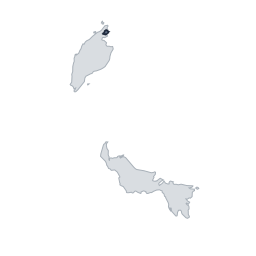 Padang Terap, Kedah, Malaysia shown in context, rotated 64°
{"feature_id": "92858781B11501652719987", "entity_name": "Padang Terap", "entity_type": "district", "adm_level": 2, "iso_a3": "MYS", "parent_name": "Malaysia", "parent_adm1": "Kedah", "projection": "orthographic", "projection_center": [100.684, 6.234], "detail": "fine", "context": "in_parent", "style": "filled", "palette": "slate", "viewbox_px": 256, "rotation_deg": 64, "n_neighbors": 0, "source": "geoboundaries", "source_scale": "gbopen_adm2", "svg_char_len": 4722}
<svg xmlns="http://www.w3.org/2000/svg" viewBox="0 0 256 256"><g transform="rotate(64 128 128)"><path d="M217.7,126.3L216.4,126.1L214.5,124.9L212.6,124.6L207.2,124.7L206.4,124.4L205.3,125.1L203.4,124.6L202.3,124.7L201.1,125.5L199.4,124.9L198.5,125.9L197.4,126.7L196.3,129.5L196.1,132.9L196.4,135.0L195.8,136.2L195.6,138.6L195.2,139.7L193.7,140.1L193.0,139.8L191.6,141.3L191.3,141.9L191.2,144.2L192.3,144.9L192.3,145.4L190.1,147.4L188.1,148.6L187.8,149.6L188.6,151.6L188.3,152.6L187.2,153.1L186.5,155.7L185.6,157.4L185.2,157.6L183.8,157.1L178.6,157.9L177.0,159.3L175.5,160.2L174.4,159.4L173.8,159.5L168.8,158.2L168.6,156.9L168.1,156.7L163.0,156.9L159.9,158.3L158.7,161.6L157.0,162.0L155.8,163.2L153.5,163.1L152.2,163.4L150.0,162.9L148.0,162.9L141.4,165.1L139.3,163.7L132.9,157.9L132.0,156.9L131.8,155.1L131.1,154.8L130.9,154.3L130.8,153.8L131.7,152.3L132.7,154.2L134.4,155.2L137.1,155.9L139.7,155.6L143.3,157.5L144.5,157.7L145.7,157.6L147.9,159.0L149.3,159.0L147.5,158.1L147.2,157.3L147.4,156.4L148.5,155.2L148.7,153.4L149.6,151.6L149.8,150.7L149.1,150.1L149.0,149.0L149.5,147.4L150.7,148.2L151.7,148.0L151.6,145.2L152.4,144.0L153.6,143.1L165.7,140.0L167.7,139.3L169.1,138.4L173.4,132.4L178.5,126.6L179.1,124.6L179.1,123.2L179.4,122.9L179.9,122.7L181.1,123.4L181.7,123.9L182.8,126.3L183.8,126.3L185.5,128.6L185.9,128.9L186.4,128.7L187.7,127.2L188.1,126.1L187.8,126.0L188.3,124.7L187.8,123.9L187.3,121.1L190.2,119.0L190.3,121.3L191.2,124.6L192.7,125.1L193.5,124.8L193.1,123.8L192.9,121.9L192.4,120.6L191.5,118.9L194.0,118.5L195.9,116.6L196.2,115.5L194.9,114.9L194.4,114.0L194.3,113.1L196.3,110.9L196.5,111.5L197.8,111.7L198.4,111.6L199.2,110.7L199.6,109.5L201.1,107.7L201.8,104.9L205.5,100.4L208.4,95.1L209.0,95.5L209.2,96.9L208.6,99.4L209.9,98.7L212.1,95.2L213.5,95.7L213.4,96.7L214.0,98.4L217.8,100.5L218.4,102.8L217.6,103.7L218.0,105.8L217.7,106.5L216.5,107.2L219.8,106.4L221.7,105.1L223.0,107.2L221.1,108.1L221.5,109.0L223.3,108.4L224.4,107.6L225.5,107.7L227.3,108.5L227.8,109.0L228.2,110.0L229.4,110.4L232.1,111.7L234.4,111.6L235.2,112.3L235.2,114.2L234.0,115.3L229.2,117.0L227.9,117.0L226.1,116.5L224.8,116.9L224.1,118.7L225.6,120.5L228.2,122.2L228.5,122.7L228.0,123.6L222.3,125.2L221.1,125.1L219.0,124.3L217.7,126.3ZM26.0,103.9L26.7,101.3L27.6,101.2L28.5,102.7L31.7,103.8L32.6,103.5L33.1,103.7L33.5,104.1L34.4,106.1L36.4,106.1L36.6,109.3L35.7,110.6L35.6,111.4L37.1,112.9L37.9,112.5L38.7,111.2L42.0,109.9L43.3,111.3L44.6,111.3L45.5,110.8L46.2,109.1L47.5,107.7L48.0,106.1L50.0,106.5L50.7,106.9L52.9,110.3L55.7,112.8L57.8,114.1L59.1,115.4L62.7,121.6L63.1,123.6L63.3,126.7L62.8,131.4L62.1,133.7L62.3,134.8L63.2,136.4L62.9,138.0L63.0,143.0L64.1,144.8L67.2,146.9L71.7,156.4L72.5,159.1L72.1,160.1L71.3,160.4L70.6,159.9L70.2,158.6L69.1,157.5L69.2,159.4L67.3,159.2L65.9,159.5L64.3,160.8L63.5,160.9L62.1,158.5L57.0,155.7L55.1,155.0L53.1,153.0L48.6,150.7L45.8,148.5L44.5,147.1L41.6,145.8L40.4,144.4L39.1,143.6L39.8,142.2L39.2,139.5L37.1,137.1L36.1,135.4L34.2,133.7L32.6,131.5L33.5,130.9L32.0,128.7L31.5,127.0L31.5,123.9L30.0,119.5L28.6,113.4L28.9,111.3L28.5,109.0L26.0,103.9ZM212.2,93.0L211.6,93.6L211.3,92.0L212.2,91.1L213.4,90.9L213.5,92.3L213.2,92.8L212.2,93.0ZM23.0,103.6L23.8,104.8L23.2,105.5L22.7,105.3L21.9,105.9L20.9,104.7L20.8,104.2L21.9,104.3L23.0,103.6ZM151.1,147.6L150.7,147.8L150.2,147.4L150.1,144.0L150.4,143.7L150.9,144.4L151.1,147.6ZM28.5,115.4L27.6,117.0L26.8,116.8L27.0,115.0L27.4,114.8L28.5,115.4ZM221.0,126.0L219.6,126.3L218.5,126.3L218.7,125.4L219.1,125.2L221.0,126.0ZM71.7,145.2L70.9,145.2L70.7,144.8L71.3,143.6L71.7,145.2ZM39.4,142.5L38.8,142.7L38.9,142.0L39.3,141.6L39.4,142.5Z" fill="#d9dde1" stroke="#a8b0b8" stroke-width="1"/><path d="M32.3,109.1L32.5,109.2L32.5,109.3L32.7,109.2L32.8,109.1L32.9,108.9L32.8,108.7L32.9,108.4L32.9,108.5L33.0,108.5L33.1,108.4L33.2,108.2L33.3,108.2L33.3,108.3L33.3,108.2L33.5,108.0L33.4,108.0L33.5,108.0L33.5,107.9L33.5,107.7L33.7,107.4L33.6,107.2L33.8,107.1L34.0,107.1L34.3,106.9L34.2,106.7L34.2,106.3L34.1,106.0L34.1,105.9L34.0,105.7L34.1,105.4L34.0,105.1L33.9,105.0L33.8,104.9L33.8,104.7L33.8,104.4L33.8,104.2L33.7,104.0L33.7,103.9L33.4,103.8L33.4,103.7L33.2,103.7L32.9,103.5L32.9,103.4L32.9,103.2L32.8,103.3L32.7,103.3L32.6,103.5L32.4,103.6L32.2,103.8L31.9,103.8L31.9,103.7L31.6,103.7L31.4,103.6L31.3,103.8L31.3,104.0L31.2,104.0L30.9,104.3L30.9,104.5L30.7,104.5L30.4,104.6L30.5,104.7L30.4,104.8L30.3,105.0L30.4,105.4L30.5,105.4L30.5,105.5L30.5,105.8L30.4,105.9L30.4,106.0L30.5,106.2L30.5,106.3L30.6,106.5L30.9,106.5L31.0,106.5L31.0,106.4L31.2,106.5L31.3,106.7L31.3,106.8L31.3,107.0L31.5,107.0L31.8,107.3L31.8,107.5L31.8,107.8L31.8,108.0L32.0,108.3L32.0,108.5L32.3,108.7L32.3,108.8L32.4,109.0L32.3,109.1Z" fill="#64748b" stroke="#1e293b" stroke-width="1.5"/></g></svg>